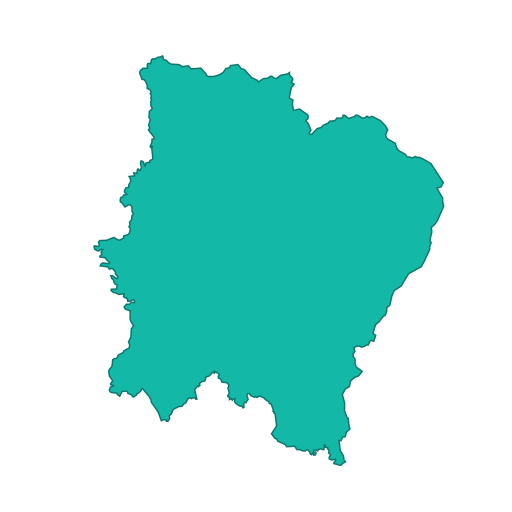 Lac Duong, Lâm Đồng, Vietnam, rotated 287°
{"feature_id": "81297802B90979220295161", "entity_name": "Lac Duong", "entity_type": "district", "adm_level": 2, "iso_a3": "VNM", "parent_name": "Vietnam", "parent_adm1": "Lâm Đồng", "projection": "albers", "projection_center": [108.454, 12.138], "detail": "fine", "context": "isolated", "style": "filled", "palette": "teal", "viewbox_px": 512, "rotation_deg": 287, "n_neighbors": 0, "source": "geoboundaries", "source_scale": "gbopen_adm2", "svg_char_len": 6050}
<svg xmlns="http://www.w3.org/2000/svg" viewBox="0 0 512 512"><g transform="rotate(287 256 256)"><path d="M441.2,234.4L439.3,232.9L435.9,226.6L431.8,223.8L431.4,221.2L432.5,218.8L432.2,217.4L429.4,215.2L427.9,211.3L423.3,207.6L424.4,205.5L425.3,199.7L430.9,190.4L430.8,187.2L433.8,182.8L430.6,175.9L428.3,175.7L426.5,172.4L421.9,171.0L418.4,167.7L415.4,163.3L413.7,157.9L414.0,156.3L415.4,155.2L419.5,148.3L415.9,139.2L418.1,135.6L415.6,130.5L416.5,126.2L414.7,119.0L414.9,116.7L416.8,113.1L416.9,110.5L417.3,109.7L419.9,108.5L419.9,107.9L418.2,106.2L417.3,104.0L415.0,101.9L414.2,99.3L412.9,98.6L409.3,99.0L408.6,96.5L407.8,96.0L403.7,97.2L402.5,93.1L399.6,91.2L397.3,91.1L391.6,95.3L392.0,97.1L391.1,98.9L387.5,102.1L384.4,102.9L383.9,106.1L382.0,107.9L380.2,107.4L378.7,109.2L376.0,109.2L374.8,110.5L373.2,110.2L369.1,111.5L366.7,113.7L363.1,111.8L357.3,113.1L355.7,114.9L349.2,115.2L347.6,117.0L345.0,116.3L339.6,124.1L338.4,124.2L337.2,122.4L334.5,123.2L329.7,122.8L329.1,123.7L330.5,124.0L330.4,124.9L328.7,124.8L318.7,129.0L315.9,126.6L314.2,126.8L313.7,125.0L312.3,123.4L309.7,123.8L309.7,123.0L313.0,120.9L313.5,119.2L313.1,118.2L310.1,118.6L307.5,120.6L304.1,120.4L303.8,119.8L304.8,117.8L303.8,117.4L300.3,117.9L299.7,114.8L297.2,116.5L294.9,111.4L293.4,113.0L290.7,114.5L287.2,113.5L284.3,114.1L282.9,111.5L279.4,111.2L278.3,111.9L277.3,114.4L276.5,113.8L275.7,111.6L273.6,111.4L272.5,109.7L270.4,109.6L268.2,110.4L267.5,112.5L264.6,116.3L267.9,119.4L268.0,121.2L266.6,123.0L262.7,124.3L260.1,126.6L258.4,125.6L254.6,126.4L251.2,125.2L249.4,126.3L246.7,126.0L245.3,128.0L241.0,128.2L238.8,127.1L236.6,123.6L234.4,124.2L231.3,121.0L231.0,119.1L232.2,114.7L227.3,108.5L225.1,102.2L223.4,101.3L220.8,102.9L219.1,102.7L218.5,98.6L217.7,98.3L215.4,99.7L214.6,102.4L214.9,104.2L217.2,106.1L217.4,107.6L214.3,106.8L212.1,108.2L210.5,106.8L209.4,107.0L210.3,112.2L208.4,114.7L207.0,118.0L205.6,117.4L204.6,111.5L203.1,110.2L201.0,109.9L202.3,117.8L200.5,119.6L201.9,121.6L201.9,122.8L199.9,125.9L197.4,127.1L196.2,129.5L194.2,130.0L193.5,129.3L195.1,125.2L194.8,122.9L192.4,124.6L191.6,126.6L189.0,128.1L188.0,129.5L187.7,131.8L183.5,132.2L182.1,127.6L181.3,127.2L180.4,127.9L179.4,130.4L179.8,132.2L179.1,136.1L181.4,141.0L178.4,141.2L177.8,142.5L178.0,145.1L175.1,146.6L175.4,147.9L178.4,151.5L177.5,153.1L175.8,153.4L175.3,150.3L172.8,149.1L172.0,146.2L168.6,144.8L167.0,146.6L166.7,151.8L159.3,153.9L156.9,155.4L153.7,159.2L149.5,158.1L141.9,160.1L136.5,159.2L134.2,161.2L131.0,161.6L126.6,157.3L124.9,157.3L121.0,153.3L117.4,152.7L116.3,150.3L114.8,149.3L109.6,150.4L107.5,150.3L104.4,148.8L102.6,148.9L98.4,150.9L94.7,155.5L91.2,154.2L90.4,154.9L90.7,156.7L90.2,157.7L88.0,155.1L84.8,154.9L83.5,156.2L83.2,158.1L84.2,162.8L82.9,164.1L82.1,166.7L87.3,167.5L88.8,171.2L88.4,173.1L87.1,173.7L86.9,177.2L85.1,179.8L88.2,182.4L89.3,182.2L90.1,183.4L93.9,185.6L95.0,185.3L96.2,186.0L90.1,195.3L87.5,197.8L85.6,198.6L78.0,208.3L70.8,213.6L72.4,215.4L73.0,218.3L71.8,218.6L72.1,220.0L75.1,221.0L77.9,219.8L80.2,221.2L85.1,221.7L89.3,226.0L90.7,229.2L93.4,230.1L94.8,231.7L98.7,232.4L101.0,233.6L100.7,235.9L102.0,237.2L102.4,238.8L101.5,240.3L101.8,241.3L110.3,236.4L114.6,238.1L114.1,238.9L115.9,240.2L117.2,239.2L118.2,239.5L120.4,241.5L121.4,243.5L123.8,243.8L125.3,243.2L127.9,246.6L132.2,248.5L131.8,250.5L133.6,249.9L132.6,254.6L131.4,255.8L130.2,255.1L128.3,255.7L128.1,258.1L125.4,260.4L126.3,265.0L125.1,267.4L123.7,268.0L121.6,267.7L117.1,270.5L113.9,269.8L113.1,270.8L113.3,272.0L111.0,272.6L112.2,273.9L111.2,275.5L112.4,275.8L113.5,277.5L110.7,277.9L109.4,279.4L107.9,283.4L108.1,286.8L107.0,287.9L107.7,288.7L111.3,287.4L112.7,288.1L113.0,289.6L113.9,289.3L116.4,290.4L119.8,288.1L122.1,288.3L122.4,290.0L120.9,292.0L120.5,296.1L121.5,296.7L121.0,298.4L122.9,299.8L123.1,301.3L122.5,305.5L121.5,306.8L120.2,311.5L119.0,311.8L118.9,313.8L113.7,317.7L112.4,317.7L112.5,318.8L111.2,319.0L110.5,320.5L99.5,325.4L90.5,322.8L87.1,327.5L87.1,329.2L85.2,331.1L84.3,339.0L82.6,341.1L85.4,348.6L82.8,351.7L83.6,354.2L83.3,357.2L83.9,360.1L85.5,361.1L85.6,362.4L84.3,364.6L82.3,366.1L82.3,367.2L84.3,367.8L82.4,369.3L83.1,370.9L85.1,371.1L86.0,370.3L85.0,368.1L87.2,368.1L88.1,370.0L87.6,371.9L89.1,372.2L90.8,374.5L90.3,376.0L90.7,377.5L95.3,376.7L94.8,377.8L93.5,378.3L93.6,380.6L92.7,380.7L91.4,382.8L88.9,382.9L87.8,385.6L84.8,384.8L83.3,385.5L83.0,387.9L84.9,391.4L83.7,391.9L81.2,390.9L80.3,391.2L80.5,398.3L83.3,399.7L85.3,401.8L86.8,399.7L90.5,398.0L94.6,393.4L103.8,389.4L104.2,391.3L108.3,391.9L109.2,394.1L114.0,394.0L118.0,396.4L123.0,393.5L127.8,391.7L127.7,390.6L133.9,385.9L141.4,383.7L148.7,379.1L154.7,380.2L158.5,383.5L164.1,382.9L168.7,385.7L171.4,389.2L176.7,391.3L179.2,384.1L182.4,382.0L186.0,381.1L188.7,378.0L191.2,377.5L193.5,378.5L196.9,376.4L199.5,378.9L200.1,381.8L199.7,383.6L201.2,386.0L203.4,387.7L203.7,389.3L208.2,389.8L208.9,391.0L208.9,393.5L215.2,393.7L215.7,391.5L216.7,390.4L225.1,390.4L229.4,393.0L234.6,394.9L237.6,397.0L241.2,397.1L244.9,396.2L248.1,398.4L257.4,397.6L263.3,398.3L269.8,403.6L283.7,407.1L294.0,417.1L300.5,418.5L313.3,420.2L316.6,419.1L319.7,419.7L322.0,417.7L330.4,417.1L334.5,415.3L338.7,417.8L342.8,419.1L358.6,420.9L362.3,418.7L365.9,417.6L373.7,409.2L376.3,412.8L380.9,413.7L395.5,396.3L397.7,386.8L398.0,382.8L397.3,381.3L397.8,379.4L395.4,376.6L395.6,374.3L394.9,371.7L396.8,369.0L398.6,361.6L400.0,359.5L404.6,355.9L406.2,348.1L407.5,345.8L410.1,344.5L415.3,345.0L418.0,342.2L421.8,335.6L423.4,326.8L423.2,325.7L421.4,323.8L422.1,321.2L419.7,319.4L419.0,317.2L420.2,312.5L420.0,310.4L418.1,309.3L414.6,304.4L416.4,299.8L416.2,298.2L413.6,298.1L412.7,297.5L411.6,293.1L408.5,291.9L406.4,287.0L404.2,286.2L400.7,282.1L398.2,280.9L395.6,277.2L389.0,274.0L388.3,273.1L388.5,271.3L389.1,270.9L392.5,271.7L397.8,267.3L399.9,264.0L402.7,265.6L405.9,264.5L409.3,254.6L406.4,249.9L406.6,249.0L412.2,246.3L415.9,245.7L416.6,242.2L417.7,241.4L427.4,240.6L431.5,242.2L432.2,239.0L435.2,239.6L436.7,238.9L438.8,235.3L441.2,234.4Z" fill="#14b8a6" stroke="#0f766e" stroke-width="1.5"/></g></svg>